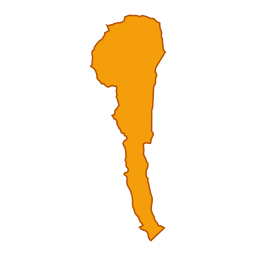 outline of Rongo, Nyanza, Kenya
{"feature_id": "3690345B66015009568744", "entity_name": "Rongo", "entity_type": "district", "adm_level": 2, "iso_a3": "KEN", "parent_name": "Kenya", "parent_adm1": "Nyanza", "projection": "orthographic", "projection_center": [34.594, -0.817], "detail": "fine", "context": "isolated", "style": "filled", "palette": "amber", "viewbox_px": 256, "rotation_deg": 0, "n_neighbors": 0, "source": "geoboundaries", "source_scale": "gbopen_adm2", "svg_char_len": 3253}
<svg xmlns="http://www.w3.org/2000/svg" viewBox="0 0 256 256"><path d="M150.9,240.6L164.3,227.9L162.6,226.8L160.4,225.9L158.4,225.7L157.6,223.5L155.6,221.1L154.4,218.9L154.1,216.7L152.7,214.3L151.6,211.4L151.2,209.0L151.3,206.5L151.9,203.2L152.2,200.2L152.1,198.2L151.9,197.2L151.6,196.3L150.8,194.0L150.2,191.5L149.6,188.8L149.0,185.8L148.6,183.5L147.8,181.1L147.8,178.3L146.7,177.1L146.2,175.6L146.1,173.0L146.2,170.5L147.2,168.4L147.8,166.6L147.8,164.5L147.6,162.9L146.3,161.1L146.0,159.7L144.9,157.3L143.7,155.0L143.5,153.6L143.7,151.9L143.8,149.7L143.5,146.7L143.5,143.8L145.3,143.0L146.4,142.8L148.4,143.0L150.4,143.4L150.6,142.6L150.8,141.8L151.0,140.4L151.4,138.8L152.3,136.8L153.3,134.9L153.0,132.9L151.6,131.4L151.7,109.9L152.4,108.4L152.7,106.0L153.1,98.0L153.3,94.5L153.5,89.2L153.8,86.1L155.3,84.1L155.6,81.6L155.3,79.9L155.9,77.9L156.7,75.4L156.1,73.2L155.5,72.7L155.3,70.5L155.5,68.6L156.8,65.8L158.5,63.2L159.5,61.5L165.3,52.0L164.4,51.3L163.4,49.7L163.1,47.6L162.9,45.7L162.6,43.2L162.4,41.2L162.4,38.9L161.5,37.1L161.3,36.3L161.3,35.4L161.6,33.9L161.4,32.0L160.6,29.7L159.8,26.8L159.7,22.9L158.9,22.7L157.4,22.0L155.9,20.9L155.3,20.3L154.4,19.1L153.6,18.7L152.5,18.4L151.0,18.4L150.3,18.3L149.8,18.1L148.4,17.5L147.8,17.2L147.2,16.8L145.7,16.4L143.8,16.0L143.3,15.8L142.5,15.5L141.0,16.1L140.1,16.6L138.4,16.2L137.0,15.7L136.1,15.5L135.6,15.5L134.1,15.7L132.4,15.5L131.5,15.4L130.9,15.4L129.0,15.4L127.5,16.0L126.5,16.3L125.0,16.9L124.8,17.7L124.5,18.6L124.3,20.1L123.9,21.0L122.6,21.9L121.0,22.5L119.5,22.8L118.6,22.8L117.1,22.9L115.5,23.5L114.8,23.7L113.8,23.7L112.6,24.9L110.5,24.9L108.5,25.8L107.0,25.3L107.4,26.0L107.7,27.0L108.4,28.6L109.1,30.4L106.9,31.8L104.9,32.8L104.5,35.3L103.0,37.7L102.0,39.1L101.5,39.6L100.9,40.0L99.7,40.5L98.2,42.2L96.4,44.4L94.5,47.1L94.0,49.8L92.4,50.8L92.1,52.9L92.0,54.5L92.7,56.9L92.4,59.5L92.3,60.2L92.2,60.9L92.1,62.3L92.4,64.4L90.7,66.2L92.3,67.4L93.8,68.3L94.3,68.8L94.8,69.5L95.6,71.1L96.6,73.6L97.0,76.3L97.1,78.3L98.3,79.9L100.1,81.6L101.5,83.7L103.6,83.7L105.1,85.2L106.5,86.2L108.2,87.1L110.5,86.1L112.6,85.6L114.5,86.2L116.3,86.3L116.7,87.8L116.7,89.5L116.2,91.0L116.7,93.0L116.9,95.0L116.3,96.9L117.2,98.5L117.7,100.7L118.4,103.2L119.1,105.0L117.9,107.0L116.4,109.1L114.9,110.6L114.9,112.8L114.3,114.6L112.1,115.5L113.3,117.2L113.9,118.7L115.9,119.6L117.0,121.2L116.9,122.8L117.3,124.7L118.5,126.6L118.9,128.0L120.4,129.7L120.8,131.5L121.8,133.0L123.2,133.4L124.3,133.5L124.4,135.6L125.9,136.0L126.3,136.6L127.2,138.0L126.2,139.6L124.8,140.4L123.5,141.9L123.0,143.9L124.0,146.0L125.0,147.7L125.5,150.1L125.9,152.4L125.9,154.2L126.1,156.3L125.6,158.5L125.1,160.1L126.1,162.2L126.1,164.1L126.1,166.3L127.7,168.0L128.2,169.9L128.4,170.8L127.1,172.3L125.1,172.7L124.0,174.2L125.5,175.5L126.9,176.8L127.2,178.8L126.9,180.6L126.9,182.4L127.3,184.7L128.5,187.2L129.9,189.6L130.8,191.6L131.3,193.7L132.4,196.9L132.4,199.3L132.6,201.1L132.6,202.7L132.6,204.9L133.1,207.5L134.0,209.4L134.5,211.3L135.2,213.3L136.7,215.4L138.3,216.9L138.6,217.4L138.9,218.3L139.4,219.6L139.9,221.3L141.5,223.2L143.0,225.2L141.4,226.3L139.5,227.2L140.9,228.8L143.1,230.0L144.9,230.5L146.4,231.3L147.5,232.7L148.0,234.3L148.5,237.1L149.4,239.2L150.9,240.6Z" fill="#f59e0b" stroke="#b45309" stroke-width="1.5"/></svg>